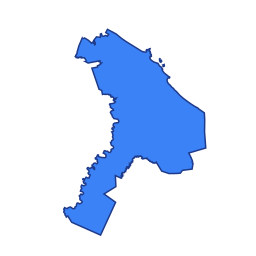 outline of Mazatlán, Sinaloa, Mexico, rotated 170°
{"feature_id": "50627088B53659635813519", "entity_name": "Mazatlán", "entity_type": "district", "adm_level": 2, "iso_a3": "MEX", "parent_name": "Mexico", "parent_adm1": "Sinaloa", "projection": "mercator", "projection_center": [-106.27, 23.48], "detail": "fine", "context": "isolated", "style": "filled", "palette": "blue", "viewbox_px": 256, "rotation_deg": 170, "n_neighbors": 0, "source": "geoboundaries", "source_scale": "gbopen_adm2", "svg_char_len": 5849}
<svg xmlns="http://www.w3.org/2000/svg" viewBox="0 0 256 256"><g transform="rotate(170 128 128)"><path d="M199.8,44.9L173.6,27.3L153.1,57.0L163.1,67.2L150.1,72.4L148.7,83.3L143.3,79.7L142.8,80.0L142.7,80.5L143.1,80.7L142.4,81.1L142.9,81.1L143.1,81.4L142.7,82.0L142.0,82.1L142.4,82.5L141.8,82.6L141.9,82.9L142.4,82.9L142.2,83.2L141.4,83.2L141.6,83.8L142.1,84.1L142.0,84.5L141.3,85.1L140.1,84.6L139.5,84.7L139.4,85.1L138.9,85.6L138.0,85.4L137.5,86.5L137.8,86.8L136.8,87.5L137.0,88.7L136.4,89.1L136.3,88.5L136.0,88.4L135.8,89.9L135.5,89.9L135.2,89.5L134.6,89.6L134.8,89.2L134.4,88.3L133.5,89.2L133.6,89.5L133.3,89.8L133.7,90.0L132.8,90.3L133.1,90.5L133.0,91.5L132.5,91.4L132.5,90.8L131.9,91.2L131.9,92.1L132.3,92.8L131.6,92.6L130.5,93.0L130.3,93.3L130.7,93.6L130.5,94.2L129.4,93.9L129.1,95.0L129.7,95.5L129.0,95.3L129.1,96.6L127.9,97.1L127.7,97.6L128.0,97.9L127.1,97.4L126.4,98.0L126.7,98.3L126.0,98.7L125.5,98.5L125.2,98.7L124.8,98.0L123.9,98.7L123.6,98.0L122.9,98.3L122.9,97.8L122.6,97.6L122.0,98.1L121.6,98.0L120.8,98.4L120.2,97.7L119.5,97.7L119.3,97.3L119.3,96.4L119.8,95.9L119.2,95.1L118.5,95.3L118.3,95.0L117.7,95.3L117.0,95.0L116.3,95.2L115.0,94.5L114.5,95.0L113.4,92.7L112.3,92.3L112.5,91.8L112.2,91.3L111.5,91.2L110.9,90.3L110.0,90.4L109.6,89.3L108.9,89.3L108.4,88.8L107.7,89.2L106.7,88.7L106.1,89.4L102.3,79.7L95.5,76.0L87.5,74.7L84.2,74.5L81.8,76.8L72.0,76.4L70.1,82.0L70.8,83.0L70.2,84.0L71.0,87.8L72.5,92.8L54.9,94.8L53.3,110.8L51.0,122.9L50.2,129.7L54.8,134.2L55.7,135.5L59.0,138.1L63.4,142.3L68.4,147.6L71.4,151.3L73.9,155.4L75.8,157.7L76.2,158.9L77.9,160.7L78.9,162.7L80.4,164.5L81.2,166.5L81.3,167.9L81.1,168.8L80.3,170.0L79.2,170.3L78.7,170.0L78.3,170.2L78.1,170.8L78.2,171.2L78.8,171.3L83.0,176.2L84.3,179.1L84.3,179.5L83.8,179.6L83.8,180.2L84.2,180.6L84.3,181.7L86.3,183.8L87.2,186.4L91.1,188.5L93.4,190.8L94.2,192.5L94.4,193.1L94.1,194.2L93.6,194.7L93.3,194.2L92.6,194.5L92.8,195.2L92.3,195.7L92.4,196.6L93.0,196.9L93.2,197.5L92.8,198.2L93.0,198.6L92.8,199.1L93.1,199.5L93.5,199.6L93.7,200.0L93.6,200.3L93.2,200.5L93.2,201.0L92.5,202.3L93.4,202.3L93.8,201.5L94.6,201.6L95.1,201.8L94.9,202.0L95.6,201.7L96.0,201.9L96.6,201.3L96.4,200.9L96.1,201.0L96.6,199.9L97.3,199.6L99.8,200.4L101.3,201.3L114.7,213.3L118.6,217.1L123.4,222.7L131.1,228.7L133.3,225.8L130.8,223.5L132.4,222.0L134.0,223.0L136.2,222.5L137.5,223.2L137.8,225.5L138.9,225.3L139.5,222.1L143.2,223.2L146.7,220.1L146.4,219.4L146.6,219.2L146.0,219.3L146.1,218.6L145.7,218.4L145.8,217.9L145.4,217.3L146.0,216.4L145.9,215.9L146.5,215.8L146.4,217.3L146.8,217.2L147.3,217.6L147.2,218.0L147.9,218.0L148.0,218.2L147.7,218.4L148.0,218.7L149.2,217.8L151.6,221.1L155.1,224.2L156.2,223.9L157.4,224.1L157.5,224.5L162.1,217.4L164.7,212.1L165.1,211.2L165.0,210.5L165.6,210.0L165.9,209.3L166.8,208.8L166.7,208.3L167.5,207.5L166.3,206.6L166.6,206.3L165.8,205.9L165.6,206.3L165.3,206.4L165.2,206.0L164.8,206.0L164.6,205.7L163.9,206.1L163.3,205.8L162.9,206.2L161.9,206.1L161.8,205.9L161.8,205.3L161.3,205.7L160.4,204.9L158.8,204.8L157.7,202.4L157.6,200.7L158.4,200.8L156.0,198.9L144.9,199.1L145.0,198.6L143.9,198.8L144.1,196.8L142.8,196.6L145.2,194.9L145.9,195.0L146.6,194.6L147.2,194.7L147.4,193.3L153.2,193.2L149.8,171.2L147.4,169.6L147.3,165.5L146.4,165.6L144.5,165.0L144.1,165.2L143.3,164.8L142.0,164.8L141.5,164.6L140.9,163.8L140.2,164.1L139.5,163.7L139.6,163.3L139.3,162.9L139.6,162.4L139.2,161.3L138.2,161.7L138.1,161.3L136.9,160.6L136.9,159.0L134.5,159.4L135.4,158.4L137.6,158.0L137.5,157.6L136.9,156.8L135.8,156.1L136.2,155.5L137.5,154.9L141.9,154.8L142.1,154.4L141.5,152.8L141.7,151.3L139.4,149.0L139.1,148.4L139.2,148.0L141.5,147.7L142.6,146.5L142.1,144.7L141.6,144.0L141.5,142.3L140.2,139.7L136.5,138.4L135.8,136.4L136.5,135.2L137.0,134.9L138.1,135.2L139.1,135.0L140.3,135.2L141.7,134.5L142.3,132.6L141.3,131.6L141.5,130.7L142.4,130.5L143.3,130.9L143.9,130.5L143.8,129.4L143.0,128.8L142.8,127.6L143.2,127.2L144.7,127.0L144.2,125.9L144.3,124.8L144.1,124.2L144.1,123.2L144.8,122.1L144.4,119.8L145.1,118.8L146.1,118.5L147.1,116.8L147.7,116.8L147.4,114.1L147.1,113.6L146.0,112.9L145.7,111.9L145.6,111.3L146.1,110.3L147.7,110.1L148.4,109.8L148.6,109.3L148.4,108.3L149.9,107.0L151.3,107.4L152.1,108.7L153.8,109.0L154.7,109.7L155.3,109.7L156.7,107.6L155.7,106.9L154.3,105.2L154.7,104.2L154.8,103.2L155.6,102.7L159.2,103.6L161.4,104.6L161.9,105.0L161.8,106.5L162.2,106.8L162.8,106.6L163.4,105.5L164.3,104.6L165.5,104.0L165.3,103.0L164.0,102.7L163.7,102.3L164.2,100.6L163.7,99.9L164.1,98.7L164.8,98.2L166.5,99.2L167.9,99.1L169.1,97.8L169.9,97.7L169.9,96.9L168.3,95.3L167.8,94.3L168.2,93.1L168.8,93.5L169.4,95.0L170.8,95.5L171.2,95.5L171.7,94.8L172.1,94.7L172.7,94.8L174.1,96.0L174.7,95.9L175.1,95.6L175.4,94.9L174.4,93.6L173.8,92.1L174.3,91.0L175.1,90.7L175.1,90.0L174.5,89.0L173.5,88.6L173.4,88.1L174.5,86.8L174.8,85.7L176.2,85.7L177.8,86.8L179.5,85.1L180.7,85.9L181.5,85.6L181.4,84.9L180.5,84.8L180.1,84.1L180.3,83.5L181.3,83.0L181.1,81.5L180.5,80.9L179.4,81.1L179.1,80.1L179.5,79.3L181.2,78.8L181.7,78.8L182.5,79.4L183.6,79.8L184.3,78.6L184.4,77.5L184.0,76.5L185.3,75.2L185.8,74.0L184.0,73.2L183.3,72.3L183.1,71.3L184.5,70.2L185.1,70.3L185.3,70.9L186.0,71.1L187.0,70.0L187.8,69.6L187.3,68.1L187.8,66.4L187.6,65.5L186.2,64.1L186.0,63.2L186.4,62.6L187.6,62.0L188.9,61.7L189.8,62.6L190.9,62.9L191.4,62.6L192.0,61.6L192.3,60.3L193.0,59.7L194.0,59.4L194.2,58.3L194.5,58.0L196.3,58.1L198.2,60.1L198.7,60.2L200.7,59.9L201.8,59.2L202.9,59.6L204.3,60.6L204.8,59.7L205.3,59.4L205.4,59.1L204.8,57.9L205.6,57.3L205.8,56.1L204.8,54.4L205.1,53.9L205.0,53.0L204.4,52.0L204.2,51.0L202.6,51.8L199.8,44.9ZM85.2,189.0L85.0,187.7L84.2,187.0L83.2,188.0L83.4,188.5L84.5,188.9L84.2,189.1L84.6,189.2L84.9,189.8L85.2,189.0ZM82.3,182.3L81.4,182.7L81.4,184.3L82.7,184.0L82.5,183.8L82.9,182.9L82.3,182.3ZM84.1,191.1L85.1,190.4L84.9,189.8L84.1,191.1Z" fill="#3b82f6" stroke="#1e3a8a" stroke-width="1.5"/></g></svg>